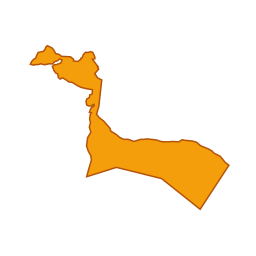 the district of Ellikkala, Karakalpakstan, Uzbekistan, rotated 97°
{"feature_id": "79887680B22143596455299", "entity_name": "Ellikkala", "entity_type": "district", "adm_level": 2, "iso_a3": "UZB", "parent_name": "Uzbekistan", "parent_adm1": "Karakalpakstan", "projection": "orthographic", "projection_center": [61.178, 42.212], "detail": "fine", "context": "isolated", "style": "filled", "palette": "amber", "viewbox_px": 256, "rotation_deg": 97, "n_neighbors": 0, "source": "geoboundaries", "source_scale": "gbopen_adm2", "svg_char_len": 1651}
<svg xmlns="http://www.w3.org/2000/svg" viewBox="0 0 256 256"><g transform="rotate(97 128 128)"><path d="M137.2,94.8L136.5,97.4L136.4,100.2L136.5,107.9L137.4,111.0L137.6,113.7L140.6,120.5L139.2,126.5L139.8,131.0L138.2,135.4L135.7,139.1L133.2,144.7L130.5,145.8L124.0,153.1L121.1,158.0L118.1,160.9L110.3,159.6L83.5,159.9L82.1,164.1L78.1,167.6L73.1,164.3L71.3,165.7L70.9,165.1L64.1,171.7L63.4,169.4L61.9,169.4L59.6,170.7L57.3,172.1L56.7,174.3L57.9,176.9L58.0,179.4L60.6,181.3L63.6,182.0L64.6,183.3L65.8,183.3L66.4,184.3L68.0,185.6L68.2,190.3L66.4,190.4L64.4,193.6L64.6,197.6L65.0,202.7L63.4,205.3L62.9,208.9L60.3,210.7L58.0,212.8L56.1,218.0L57.5,219.3L60.1,220.0L62.3,221.5L64.0,226.4L65.8,227.1L70.1,228.2L71.4,230.1L73.8,231.8L76.7,232.7L77.1,229.1L76.5,227.9L75.8,224.2L74.9,222.5L75.4,218.7L73.8,213.8L73.7,210.8L70.9,208.6L69.8,206.1L67.8,204.2L68.5,201.8L71.8,202.6L73.7,206.7L74.2,208.9L76.2,210.6L80.4,208.2L82.2,206.4L82.9,204.4L86.4,203.3L87.7,201.3L86.2,198.9L88.4,194.1L89.5,192.5L89.5,188.9L91.8,184.1L93.4,179.7L94.1,173.4L94.3,168.0L98.6,167.7L99.8,170.0L102.5,170.1L104.2,172.4L106.9,172.9L110.2,171.8L110.9,169.8L110.6,167.1L109.0,165.5L108.7,164.6L110.1,164.3L112.9,167.2L117.2,168.2L117.5,166.2L119.3,167.1L123.8,167.2L127.2,165.9L131.9,166.5L136.7,164.3L142.4,166.9L150.8,167.0L155.8,164.6L160.1,161.5L164.3,160.4L173.7,162.0L181.4,163.1L168.5,134.7L174.1,88.5L199.9,46.5L152.7,23.3L150.1,27.6L146.6,31.1L144.7,33.3L142.5,39.5L140.6,41.9L139.2,45.0L138.0,49.2L136.8,53.7L133.7,58.4L133.1,62.6L133.3,70.9L133.0,72.8L135.6,75.9L135.9,81.8L136.8,86.3L137.4,91.6L137.2,94.8Z" fill="#f59e0b" stroke="#b45309" stroke-width="1.5"/></g></svg>